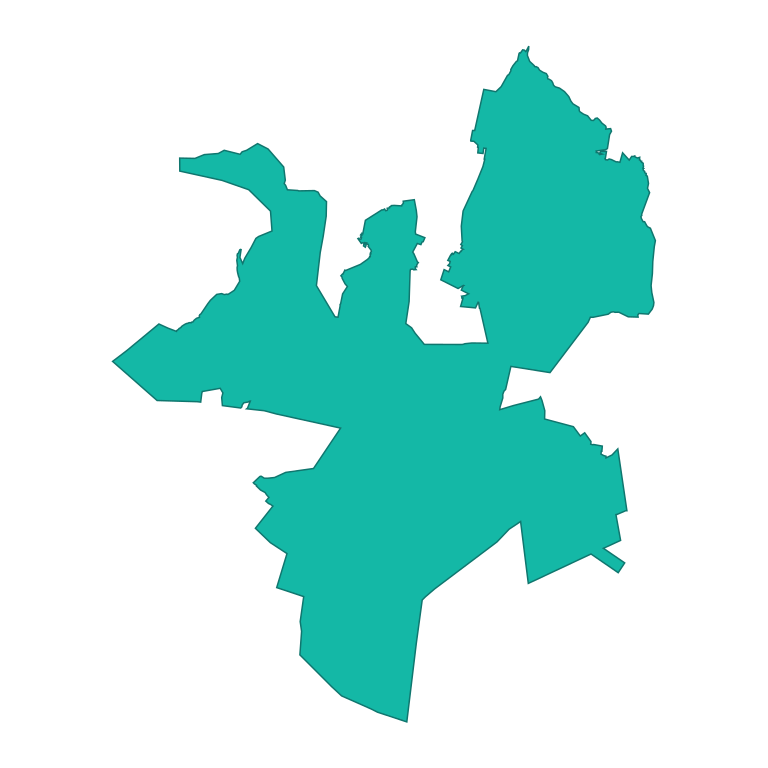 outline of Hueypoxtla, México, Mexico
{"feature_id": "50627088B31781753159925", "entity_name": "Hueypoxtla", "entity_type": "district", "adm_level": 2, "iso_a3": "MEX", "parent_name": "Mexico", "parent_adm1": "México", "projection": "orthographic", "projection_center": [-99.037, 19.951], "detail": "fine", "context": "isolated", "style": "filled", "palette": "teal", "viewbox_px": 768, "rotation_deg": 0, "n_neighbors": 0, "source": "geoboundaries", "source_scale": "gbopen_adm2", "svg_char_len": 6091}
<svg xmlns="http://www.w3.org/2000/svg" viewBox="0 0 768 768"><path d="M626.9,510.7L617.8,448.9L612.0,455.0L606.0,457.9L606.0,456.2L603.8,455.6L601.0,454.1L601.3,451.1L601.9,451.2L602.3,446.1L593.6,444.5L592.9,444.8L590.7,444.2L591.0,441.6L584.7,432.8L580.3,436.0L573.4,426.7L544.6,419.0L544.8,410.7L542.0,400.5L540.5,396.8L538.6,399.1L513.6,405.5L499.7,409.7L500.1,406.9L502.8,398.0L502.8,394.2L504.0,391.1L505.6,389.5L510.9,366.4L550.0,372.6L588.1,322.3L590.4,317.2L593.0,317.3L608.2,314.2L611.0,312.2L613.4,311.8L615.0,312.3L618.8,312.2L628.2,316.8L638.1,317.1L637.8,314.9L638.9,313.5L648.4,314.1L652.2,309.1L653.5,305.7L653.9,302.5L651.8,292.5L651.1,285.6L652.4,273.6L652.8,261.4L654.3,246.6L655.4,240.6L650.4,228.2L648.0,227.0L646.9,225.9L644.6,221.7L643.1,221.7L641.4,218.5L640.9,216.5L641.8,215.5L641.7,214.1L649.6,192.6L647.5,188.4L648.5,183.5L647.3,176.1L646.0,175.4L646.3,173.8L646.0,173.3L645.4,173.2L644.7,172.5L644.7,171.4L643.4,170.4L643.0,168.8L643.7,168.4L643.0,167.9L643.6,166.1L643.2,165.6L643.2,163.3L642.2,162.5L641.7,162.5L641.4,162.0L641.6,161.3L640.7,161.2L640.4,160.2L639.5,160.0L639.7,157.3L637.6,158.0L635.1,157.0L634.8,155.9L633.2,156.5L631.7,156.4L629.2,160.1L622.6,152.8L619.9,162.3L617.3,161.8L616.2,161.9L611.5,159.6L609.1,159.0L607.5,160.0L605.5,159.7L605.1,158.7L605.3,158.7L606.5,151.4L600.7,151.5L599.6,153.1L602.3,154.1L599.5,154.6L599.0,153.9L598.9,153.2L597.7,152.7L596.4,152.5L596.6,152.2L596.2,151.0L605.5,149.7L607.4,148.6L609.6,134.6L611.5,131.2L610.6,128.6L605.8,129.1L606.1,127.2L605.6,126.0L601.9,123.1L599.5,120.0L597.2,118.0L595.2,118.5L594.6,119.4L593.3,120.5L591.2,120.3L587.6,115.8L583.6,114.2L580.0,111.8L579.3,110.8L579.0,107.5L572.9,103.8L570.9,101.1L568.8,96.6L564.5,91.6L559.5,88.1L555.2,86.8L553.6,85.3L552.7,82.7L551.5,80.7L549.3,79.3L547.9,78.9L547.5,77.2L547.9,76.3L546.3,73.6L542.8,72.2L539.5,70.1L538.0,67.6L536.0,66.6L535.1,66.8L534.5,66.4L534.4,65.8L529.7,61.4L527.4,55.5L527.5,52.8L528.6,49.7L528.8,46.1L526.1,51.3L525.7,51.6L524.5,50.2L522.7,49.8L520.4,53.0L519.7,52.8L519.1,53.3L517.5,60.8L516.3,61.5L512.9,65.8L510.8,69.5L510.9,70.8L508.9,74.5L507.5,75.4L501.2,86.6L495.9,91.7L483.8,89.4L474.7,130.5L472.6,130.5L470.7,140.4L470.9,141.1L473.9,141.3L477.9,145.0L477.6,147.2L478.3,147.4L477.8,152.9L483.0,153.5L483.8,148.1L486.1,148.4L484.2,159.1L484.8,159.2L482.9,166.6L477.9,179.0L472.9,190.7L472.2,191.4L463.1,211.0L461.3,226.2L462.1,240.9L462.5,241.8L460.8,244.5L462.4,245.7L461.0,248.0L463.0,249.2L462.5,249.3L461.1,251.4L460.7,251.2L459.1,253.5L455.2,251.7L453.4,254.2L452.3,253.3L451.7,254.5L451.4,254.1L450.5,255.3L447.8,260.4L450.2,261.4L449.6,263.7L447.9,265.5L450.7,266.9L448.7,271.8L444.1,269.6L440.8,279.8L458.1,288.5L463.4,285.4L463.7,285.5L463.2,285.8L461.3,290.1L468.6,293.8L465.2,295.6L461.6,296.2L461.9,296.7L461.8,298.0L463.0,298.0L460.6,306.5L475.5,307.9L478.1,302.2L478.6,302.4L479.5,308.3L480.0,308.4L487.9,343.2L471.9,343.0L465.0,343.7L462.9,344.4L461.1,344.5L424.3,344.4L415.1,333.2L411.6,327.8L405.8,323.6L409.1,301.6L410.1,270.9L410.5,269.4L412.8,269.1L413.7,269.8L416.1,269.6L415.2,268.4L415.4,266.7L416.8,266.8L416.7,264.9L418.3,262.5L417.5,262.1L413.8,253.6L412.7,252.1L417.3,243.5L420.9,244.6L422.0,242.1L423.2,241.7L424.9,237.7L415.7,234.1L415.3,231.9L417.0,216.8L416.3,210.4L414.3,199.7L403.2,201.2L403.4,203.2L401.8,205.1L401.7,205.9L394.1,205.4L391.3,205.6L390.9,206.3L389.5,207.0L389.5,207.8L387.2,208.3L387.6,209.4L387.1,210.4L385.6,210.7L384.6,209.0L383.0,209.9L381.8,209.9L365.4,220.3L362.8,233.7L362.0,233.3L361.8,234.8L361.1,234.3L360.6,235.0L361.7,235.5L360.5,237.2L361.5,237.7L360.9,239.2L358.8,238.7L358.5,238.3L357.9,238.6L361.3,243.4L362.4,242.8L363.6,243.1L364.7,242.5L365.4,242.8L364.0,243.7L364.2,244.3L363.8,244.5L363.5,245.9L365.3,247.2L366.0,245.6L365.8,244.0L366.2,242.9L366.8,242.9L366.6,244.1L368.1,244.3L368.5,245.1L368.2,246.4L371.0,250.0L371.4,251.4L370.5,252.6L370.9,253.8L370.1,254.0L370.3,256.3L369.7,256.5L369.9,257.0L367.5,259.4L360.4,264.4L345.6,270.5L344.9,270.1L342.9,274.1L342.5,274.0L340.9,275.8L341.9,276.8L342.2,278.4L345.1,283.9L347.4,286.5L342.6,293.9L340.6,303.9L340.1,304.4L340.1,306.1L338.0,317.2L335.0,316.8L316.4,285.6L320.2,252.7L323.2,236.3L326.2,216.2L326.5,201.6L320.1,195.9L318.1,192.2L314.4,190.6L298.7,190.9L297.8,190.5L287.4,189.8L285.6,185.3L284.2,183.6L285.3,180.2L283.7,167.0L268.1,149.0L257.6,143.6L246.6,150.3L242.1,151.8L240.1,154.3L224.2,150.3L218.3,153.5L204.3,154.6L195.0,158.4L179.7,158.1L179.8,171.1L222.1,180.4L248.7,189.7L270.5,211.1L272.0,231.0L258.6,236.5L255.9,238.4L251.1,247.6L244.8,258.2L242.7,263.6L239.9,257.4L241.1,249.6L240.5,249.4L239.8,249.8L238.3,253.3L237.4,253.9L237.1,255.5L237.4,257.3L236.8,260.3L237.5,265.7L237.1,267.5L237.2,270.2L237.7,273.2L238.1,273.9L238.0,274.8L238.4,275.3L238.6,276.8L239.2,277.5L239.7,281.3L234.3,290.3L227.9,294.5L227.0,294.1L224.2,294.6L221.7,293.6L216.7,294.4L210.4,300.3L207.9,303.6L201.0,313.8L199.8,314.7L199.3,315.7L199.5,317.3L196.5,318.3L194.3,320.1L192.8,322.0L191.5,322.2L191.3,322.7L189.0,322.7L187.7,323.4L187.2,323.3L185.4,324.0L183.4,325.2L181.4,326.6L181.1,327.4L179.1,328.5L178.3,329.5L176.7,330.6L176.5,331.4L167.9,328.1L158.9,324.0L126.9,350.5L112.6,361.4L157.1,400.5L197.4,401.7L200.7,402.1L201.8,393.2L202.3,391.5L220.2,388.3L222.9,392.9L221.7,397.5L222.4,405.6L240.7,408.0L241.8,406.9L242.2,405.0L243.8,402.8L248.2,402.0L249.4,401.2L250.3,401.1L247.5,408.2L246.7,408.8L264.2,410.7L276.5,414.0L340.6,428.1L313.5,468.5L285.7,472.4L274.6,477.5L268.0,478.2L264.3,478.2L261.3,476.3L260.5,476.3L259.9,476.5L253.3,482.7L254.3,483.8L256.6,485.3L256.4,486.0L260.5,490.0L265.1,492.5L266.5,494.7L268.9,497.4L265.8,501.1L268.5,503.5L270.7,504.5L272.9,506.1L255.4,528.3L270.4,542.7L287.0,553.6L276.7,587.6L303.7,596.6L300.2,621.6L301.6,631.3L299.9,654.9L331.6,686.6L341.6,695.9L371.2,709.0L377.5,712.2L406.8,721.9L416.3,643.3L422.2,600.0L425.4,596.8L434.5,589.0L497.0,541.9L509.1,529.2L520.6,521.5L528.3,583.4L591.0,554.0L618.2,572.7L624.7,562.9L603.4,548.3L620.6,540.4L615.8,513.9L616.2,514.8L625.7,510.7L626.9,510.7Z" fill="#14b8a6" stroke="#0f766e" stroke-width="1.5"/></svg>